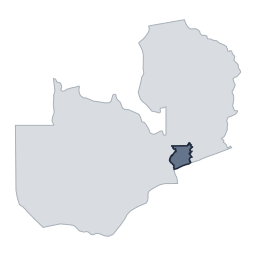 Nyimba, Eastern, Zambia shown in context
{"feature_id": "96606910B94036775861358", "entity_name": "Nyimba", "entity_type": "district", "adm_level": 2, "iso_a3": "ZMB", "parent_name": "Zambia", "parent_adm1": "Eastern", "projection": "robinson", "projection_center": [30.526, -14.393], "detail": "fine", "context": "in_parent", "style": "filled", "palette": "slate", "viewbox_px": 256, "rotation_deg": 0, "n_neighbors": 0, "source": "geoboundaries", "source_scale": "gbopen_adm2", "svg_char_len": 6900}
<svg xmlns="http://www.w3.org/2000/svg" viewBox="0 0 256 256"><path d="M177.6,183.5L164.8,183.6L160.1,184.7L156.3,186.5L151.7,189.2L149.1,191.1L148.4,192.2L148.0,194.5L148.0,198.1L147.6,200.7L146.2,203.1L139.3,205.9L134.8,208.3L130.3,211.1L127.0,214.7L124.7,219.1L120.9,224.6L113.0,234.4L108.4,236.3L104.5,235.8L99.8,233.8L96.1,233.4L93.4,234.7L90.8,234.3L88.5,232.2L86.5,231.5L84.9,232.0L82.9,231.9L79.2,230.8L76.0,227.3L74.3,225.9L72.9,225.3L69.1,224.7L60.3,223.9L51.2,225.7L43.2,227.4L35.0,219.6L27.1,211.4L25.4,209.3L22.4,206.5L20.3,205.2L19.4,204.5L17.2,197.2L16.0,190.4L15.4,125.4L51.3,125.4L53.6,125.2L53.7,124.5L52.0,121.0L52.1,119.8L52.5,117.4L54.1,112.7L54.1,111.1L53.4,106.0L53.4,103.2L53.8,97.4L53.6,95.4L54.4,92.8L54.7,91.1L55.0,90.4L54.6,88.4L53.8,81.5L53.4,78.6L55.5,79.1L56.2,80.5L56.7,82.0L57.7,82.1L60.2,83.0L61.1,84.3L61.7,87.1L61.4,88.5L60.6,89.6L61.4,90.6L63.1,91.3L64.1,91.1L67.0,89.2L69.6,88.5L71.0,88.0L76.9,86.8L78.1,86.1L78.9,86.1L79.5,86.7L79.0,88.6L78.8,90.3L79.6,93.6L80.2,95.1L81.4,96.3L82.3,96.8L83.3,98.0L85.4,97.8L89.9,99.5L91.3,100.2L93.2,101.0L94.6,101.3L99.3,101.9L104.3,102.8L106.8,102.9L108.6,102.7L109.9,102.2L110.7,101.7L111.1,101.2L112.9,95.0L113.9,94.5L115.1,94.2L115.8,94.7L116.6,98.7L120.2,102.2L121.4,105.2L122.3,107.7L123.1,108.4L124.5,109.3L126.7,109.6L128.6,109.7L138.3,114.0L139.3,114.8L140.5,117.1L141.2,119.7L142.0,121.8L143.2,122.2L144.3,122.4L145.4,123.8L146.3,125.0L149.2,130.1L149.6,132.2L150.9,133.5L152.8,134.1L154.6,134.2L155.6,133.6L158.0,132.5L159.9,131.3L161.3,130.9L162.2,131.1L162.8,132.0L163.2,134.5L164.6,135.4L165.6,135.0L166.0,134.1L166.0,133.5L166.0,106.8L165.1,107.0L164.0,107.8L161.4,107.9L160.4,108.4L160.1,109.3L160.3,110.4L160.4,111.9L160.0,112.6L158.9,112.9L157.3,112.3L154.3,111.6L151.9,111.1L150.1,109.1L147.7,106.1L146.2,104.6L142.4,101.4L141.8,100.8L140.6,99.3L139.6,96.8L138.7,93.9L138.2,92.1L139.1,89.2L141.3,80.0L141.8,77.1L143.6,74.2L143.7,71.6L143.0,68.2L143.2,66.3L143.4,55.7L142.9,52.4L141.7,48.7L138.9,43.5L139.0,42.4L143.1,39.1L144.4,37.8L146.5,35.1L148.0,32.8L148.9,30.9L149.3,28.5L148.6,26.2L150.0,25.7L184.4,19.7L184.9,21.3L186.0,24.0L187.1,25.9L188.6,27.6L189.9,28.6L190.7,28.9L196.0,28.8L197.9,29.9L199.6,31.2L200.0,33.2L201.1,34.5L202.3,35.5L202.8,35.6L203.6,35.3L205.1,35.3L206.4,35.8L207.0,36.2L207.1,37.9L207.5,38.7L209.3,39.0L211.1,39.1L212.8,40.2L214.7,40.4L216.9,40.9L218.0,42.1L220.3,43.4L223.2,44.6L226.4,46.4L226.4,47.0L227.0,48.1L227.5,48.9L227.6,50.1L227.8,51.2L228.6,51.4L229.3,51.5L229.9,50.7L230.8,50.7L231.7,51.2L232.0,52.5L232.7,54.2L233.9,55.3L234.7,56.4L234.4,58.4L233.9,60.3L235.5,62.1L237.5,63.8L238.1,64.6L238.3,67.2L238.6,68.1L240.0,70.2L240.6,71.6L240.6,72.4L236.8,76.7L234.5,77.3L233.5,78.2L232.9,79.1L234.4,83.3L235.2,84.9L234.5,86.9L233.0,90.3L232.3,90.6L232.2,93.2L232.6,94.1L233.4,94.9L233.7,96.6L233.6,101.0L232.6,105.9L234.3,110.2L234.9,110.7L237.2,110.7L237.6,111.1L237.1,112.3L235.4,114.2L232.4,115.7L228.2,117.3L227.3,118.8L226.7,121.1L227.2,122.4L227.7,123.2L227.5,125.2L227.2,127.3L227.3,128.9L227.1,130.4L226.5,131.1L225.8,133.3L224.9,135.5L224.1,136.5L223.1,137.5L221.4,138.4L221.4,138.8L223.3,139.8L223.8,140.6L224.0,141.0L223.2,142.1L224.1,142.8L225.1,143.4L226.2,144.8L227.3,147.6L227.5,147.9L227.9,147.9L228.5,147.6L229.7,146.5L230.5,146.1L231.6,147.7L213.7,154.5L209.5,155.9L203.2,158.3L201.2,159.2L199.5,160.1L182.9,165.4L180.3,166.5L174.4,169.2L174.2,169.6L174.3,170.9L174.8,173.4L175.8,175.7L176.7,177.1L177.3,180.5L177.6,183.5Z" fill="#d9dde1" stroke="#a8b0b8" stroke-width="1"/><path d="M174.1,169.3L177.3,168.5L179.2,167.4L183.1,165.6L185.3,164.8L189.1,163.8L190.6,162.5L190.5,162.4L190.6,162.2L190.4,161.9L190.4,161.7L190.1,161.6L189.9,161.2L189.8,160.9L189.7,160.8L189.6,160.7L189.7,160.4L189.7,160.5L189.8,160.4L189.6,160.2L189.5,159.8L189.4,159.7L189.3,159.2L189.7,158.7L189.9,158.1L190.0,157.9L191.1,157.1L191.5,157.2L191.9,157.2L192.0,157.1L190.2,154.9L189.9,154.7L189.7,154.3L189.5,154.1L189.4,154.0L189.4,153.9L189.4,154.0L189.3,153.9L189.2,153.7L189.3,153.6L189.5,153.6L189.6,153.4L189.7,153.5L189.7,153.3L189.8,153.4L190.0,153.3L190.3,153.4L190.5,153.4L190.6,153.2L190.7,152.9L190.7,152.7L190.8,152.4L191.0,152.2L191.3,151.9L191.5,151.8L191.6,151.7L191.8,151.4L191.4,151.4L191.1,151.4L190.9,151.2L190.7,151.1L190.4,151.0L190.4,150.9L190.4,150.7L190.3,150.4L190.1,150.4L190.1,150.2L189.9,150.2L189.9,149.6L190.5,148.7L190.9,148.5L190.9,148.4L191.0,148.4L191.1,148.0L191.3,147.9L191.5,147.8L191.5,147.7L191.9,147.5L191.9,147.4L192.3,147.2L192.5,147.0L192.5,146.9L192.4,146.8L192.0,146.8L191.8,146.7L191.7,146.7L191.5,146.4L191.4,146.3L191.4,146.2L191.2,146.1L191.1,145.9L191.0,145.7L191.0,145.1L190.9,145.1L190.8,144.9L190.7,144.8L190.7,144.7L190.4,144.4L190.5,144.3L190.4,144.2L190.5,144.2L190.4,144.1L190.2,144.0L190.1,143.9L190.1,143.7L190.0,143.4L190.0,143.2L189.9,143.1L189.7,142.9L189.5,143.0L189.3,143.0L189.1,143.1L188.9,143.0L188.7,143.2L188.7,143.4L188.8,143.8L188.9,144.0L188.7,144.3L188.2,144.2L188.1,144.3L188.0,144.6L188.2,145.0L187.8,144.9L187.7,144.9L187.5,145.2L187.4,145.4L187.2,145.6L187.1,145.8L172.3,145.9L171.8,145.9L171.8,146.0L172.0,146.1L172.1,146.4L172.2,146.5L172.2,146.4L172.3,146.4L172.4,146.5L172.5,146.5L172.9,146.8L173.0,147.0L172.9,147.1L172.9,147.3L173.0,147.3L173.1,147.5L173.2,147.8L173.1,148.0L173.1,148.3L173.3,148.5L173.5,148.8L173.7,149.0L173.8,148.9L174.3,149.0L174.8,149.1L175.0,149.2L175.0,149.3L175.1,149.5L175.2,149.4L175.2,149.6L175.4,149.6L175.5,149.5L175.5,149.8L175.5,150.0L175.8,150.2L175.8,150.3L175.7,150.4L175.8,150.5L175.9,150.8L175.7,151.0L175.9,151.1L176.0,151.1L176.0,151.4L176.0,151.5L175.9,151.5L175.8,151.4L175.6,151.5L175.5,151.4L175.4,151.5L175.2,151.8L175.1,152.0L174.9,152.2L174.7,152.2L174.7,152.3L174.4,152.4L174.3,152.5L174.2,152.6L174.1,152.9L174.1,153.0L173.9,153.3L173.8,153.5L173.7,153.5L173.4,153.8L173.3,154.0L173.0,154.3L173.0,154.5L172.9,154.5L172.7,154.6L172.7,154.8L172.8,154.8L172.7,155.0L172.5,155.4L172.4,155.6L172.2,155.5L172.0,155.4L171.9,155.2L171.8,155.3L171.7,155.3L171.5,155.5L171.4,155.5L171.2,155.9L171.1,156.0L171.2,156.4L171.2,156.5L170.8,156.7L170.5,157.0L170.5,157.3L170.5,157.5L170.3,157.6L170.3,157.9L170.2,158.0L170.3,158.1L170.4,158.3L170.3,158.5L170.0,158.6L169.9,158.7L169.9,158.8L170.0,158.9L170.1,159.0L169.7,159.4L169.7,159.7L169.5,160.1L169.6,160.5L169.8,160.9L170.0,160.9L170.2,161.1L170.2,161.3L170.1,161.6L170.6,162.0L170.9,162.1L171.1,162.4L171.0,162.6L171.1,162.8L171.3,162.7L171.4,162.8L171.5,162.9L171.9,163.2L172.0,163.3L172.2,163.5L172.3,163.7L172.3,163.8L172.6,164.1L172.7,164.3L172.8,164.3L172.9,164.5L173.0,164.6L173.4,164.9L173.5,164.9L173.5,165.1L173.6,165.3L173.8,165.3L173.8,165.5L173.9,165.9L173.9,166.1L174.0,166.5L173.9,166.7L173.9,166.8L173.9,167.1L173.8,167.4L173.7,167.5L173.8,167.6L173.8,167.8L173.9,168.0L173.9,168.3L174.1,168.7L174.1,168.8L174.1,169.2L174.1,169.3Z" fill="#64748b" stroke="#1e293b" stroke-width="1.5"/></svg>